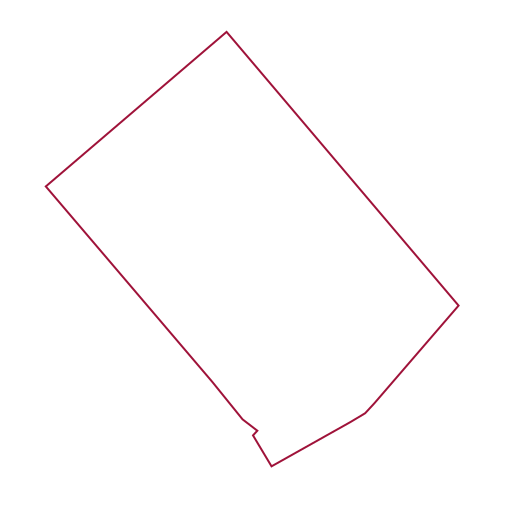 the district of Riyadh, Nouakchott, Mauritania, rotated 230°
{"feature_id": "47542326B18524078593640", "entity_name": "Riyadh", "entity_type": "district", "adm_level": 2, "iso_a3": "MRT", "parent_name": "Mauritania", "parent_adm1": "Nouakchott", "projection": "orthographic", "projection_center": [-15.955, 18.004], "detail": "fine", "context": "isolated", "style": "outline", "palette": "rose", "viewbox_px": 512, "rotation_deg": 230, "n_neighbors": 0, "source": "geoboundaries", "source_scale": "gbopen_adm2", "svg_char_len": 304}
<svg xmlns="http://www.w3.org/2000/svg" viewBox="0 0 512 512"><g transform="rotate(230 256 256)"><path d="M84.9,132.7L68.0,222.2L65.4,238.6L67.1,252.0L87.8,379.3L446.6,377.5L444.4,139.7L187.8,141.6L139.5,140.7L121.3,144.7L120.5,138.4L84.9,132.7Z" fill="none" stroke="#9f1239" stroke-width="2"/></g></svg>